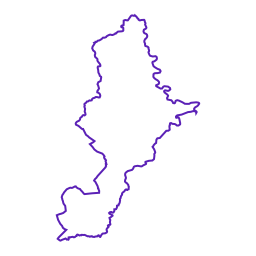 the district of San Sebastián Tlacotepec, Puebla, Mexico
{"feature_id": "50627088B11534934741350", "entity_name": "San Sebastián Tlacotepec", "entity_type": "district", "adm_level": 2, "iso_a3": "MEX", "parent_name": "Mexico", "parent_adm1": "Puebla", "projection": "albers", "projection_center": [-96.826, 18.377], "detail": "fine", "context": "isolated", "style": "outline", "palette": "violet", "viewbox_px": 256, "rotation_deg": 0, "n_neighbors": 0, "source": "geoboundaries", "source_scale": "gbopen_adm2", "svg_char_len": 5755}
<svg xmlns="http://www.w3.org/2000/svg" viewBox="0 0 256 256"><path d="M91.5,236.2L92.1,236.3L92.3,236.7L94.2,237.0L95.2,236.5L95.8,236.6L96.6,236.3L97.5,236.3L97.9,235.6L98.7,235.3L99.8,236.8L100.3,236.9L101.6,234.6L102.6,233.6L105.2,233.3L106.8,232.4L107.1,231.4L106.6,230.0L106.6,229.2L107.4,228.0L108.2,227.4L108.7,226.7L108.6,226.4L108.0,226.1L107.9,225.6L108.4,225.1L110.2,224.7L110.4,224.3L109.9,222.2L110.3,220.0L109.7,218.9L109.5,217.8L110.6,217.3L112.6,215.7L112.5,215.3L111.2,214.5L109.5,213.7L109.1,213.0L110.1,212.1L111.4,212.0L112.8,212.7L113.6,212.3L114.4,210.8L114.3,209.3L116.1,209.1L116.9,207.6L117.0,205.7L118.5,205.4L118.6,204.3L119.1,204.0L119.7,202.6L120.1,200.2L119.9,199.3L120.0,198.8L120.5,198.3L121.0,196.2L122.1,194.6L122.0,193.8L122.5,192.7L124.4,191.3L124.9,190.3L125.7,189.6L126.1,189.4L126.7,189.9L127.4,190.0L128.3,189.1L128.6,189.1L128.8,186.6L128.4,185.9L128.2,184.8L126.7,183.0L125.9,182.6L125.0,181.6L125.1,180.1L125.9,178.2L125.9,177.5L125.1,175.0L125.2,173.7L125.7,172.7L127.7,171.1L132.0,169.9L133.2,168.6L133.5,167.6L133.9,166.8L134.7,166.3L137.6,165.8L141.1,166.4L141.8,166.3L143.5,165.2L145.9,164.1L146.1,163.6L145.4,162.4L145.5,161.8L148.9,160.8L152.4,160.5L154.0,159.1L154.4,155.8L154.3,154.0L155.2,152.6L155.1,151.8L154.1,149.2L152.6,146.9L153.0,146.6L153.6,145.3L155.0,143.7L156.1,143.0L156.4,139.8L156.9,138.9L157.4,138.3L159.8,138.0L166.3,130.8L168.4,130.7L169.7,129.7L169.4,126.5L169.6,125.3L169.9,125.1L170.0,123.5L170.3,123.1L171.4,123.1L172.0,123.7L172.7,123.9L174.7,124.0L175.7,124.5L176.9,125.5L178.5,125.5L180.1,124.4L180.2,123.2L179.3,118.9L178.6,117.4L177.9,117.3L176.8,117.8L176.2,117.7L176.0,117.2L176.0,116.6L176.5,115.9L177.0,115.5L177.5,115.3L181.6,114.6L188.0,112.1L190.8,111.8L193.2,111.1L194.8,111.2L195.3,111.5L196.1,112.2L196.2,113.0L196.6,112.3L196.6,111.8L196.2,111.3L194.3,110.1L194.1,109.2L194.2,108.5L195.2,107.3L197.3,106.1L198.1,105.3L199.2,103.7L199.1,103.1L198.3,102.6L196.3,102.3L191.0,102.8L189.0,103.9L184.9,103.8L182.5,102.3L178.9,100.6L177.2,100.2L175.7,100.8L175.0,102.9L174.3,103.3L173.1,103.0L172.6,101.8L171.4,100.3L167.5,99.5L167.0,98.1L167.9,96.4L168.1,95.7L167.8,95.2L167.1,94.4L164.5,92.4L164.1,91.2L164.6,90.6L165.1,90.3L168.0,90.9L168.7,90.7L169.8,89.9L170.3,89.3L170.0,88.0L168.0,86.6L164.4,86.2L163.3,86.7L162.1,88.5L160.6,88.6L156.4,86.3L156.1,85.9L156.2,85.2L158.0,84.4L158.7,83.9L159.1,83.0L159.0,82.1L158.8,81.6L157.5,80.3L155.6,79.2L154.1,77.9L153.4,76.9L153.4,76.4L153.5,74.2L154.1,73.6L155.0,73.2L157.5,73.1L159.9,72.6L160.6,71.1L159.8,69.7L157.4,68.8L154.5,67.0L153.5,66.1L152.5,63.2L152.4,62.4L152.7,61.8L154.4,61.3L156.5,59.7L156.9,58.8L156.8,57.6L156.5,56.8L155.5,56.2L152.8,56.5L150.2,55.8L149.4,54.7L148.5,52.5L148.5,52.0L149.0,51.3L149.1,50.4L148.5,48.6L148.5,47.6L148.0,47.0L147.4,46.6L145.4,46.0L145.2,45.4L145.0,44.5L145.1,43.7L144.3,41.9L144.4,40.6L145.2,39.0L146.0,38.5L147.0,37.1L147.3,36.0L146.9,34.6L146.3,34.0L144.3,33.1L143.6,31.9L143.5,31.3L143.9,29.7L145.9,28.6L146.4,27.8L146.2,26.9L145.1,24.6L145.5,23.2L145.0,22.3L144.5,20.3L144.2,19.9L143.1,19.9L141.3,20.0L140.0,20.4L139.4,20.3L138.6,19.7L138.3,18.7L137.6,18.5L136.5,16.7L135.8,16.1L135.9,16.7L135.2,15.6L134.5,15.4L133.9,15.8L132.1,15.4L131.4,15.6L130.9,16.0L127.9,20.3L127.3,20.4L125.2,20.0L123.7,20.6L123.6,25.0L121.6,25.7L121.3,26.0L121.2,26.5L121.3,27.0L121.7,27.3L122.9,27.4L123.3,28.0L123.3,30.5L122.9,31.0L122.0,31.3L118.0,31.6L116.6,32.7L116.3,33.3L115.4,33.3L114.9,34.0L112.6,35.0L112.0,35.0L110.1,34.6L108.5,35.2L106.6,36.3L106.1,37.1L104.5,37.7L103.1,37.6L101.4,39.2L99.4,40.4L97.8,40.7L96.6,41.8L96.1,41.8L96.2,42.0L94.6,42.6L94.6,42.8L94.2,42.9L94.4,43.2L94.8,43.2L93.4,45.5L92.7,46.4L92.2,48.3L93.2,50.5L94.7,51.6L95.3,53.1L95.2,54.0L94.8,55.0L95.1,56.8L97.3,58.9L97.5,59.7L97.4,60.5L97.8,61.4L99.9,64.0L100.3,64.9L100.4,65.9L100.1,66.2L98.0,66.5L97.7,67.1L97.7,67.9L98.2,70.2L98.4,72.6L99.4,74.4L99.8,75.9L101.1,76.8L101.2,77.4L100.6,81.0L98.3,82.2L97.5,84.2L98.1,85.4L99.0,88.4L98.5,89.4L97.5,90.8L97.2,92.1L97.3,92.4L98.3,92.7L99.6,93.7L100.1,94.8L100.3,95.9L99.7,97.4L98.7,97.5L97.8,97.2L96.1,97.0L95.5,97.1L94.7,97.8L93.1,98.2L92.0,99.2L91.7,100.3L90.5,100.6L89.4,100.4L88.1,101.4L86.9,101.5L86.0,102.8L84.6,103.7L84.4,104.6L84.8,105.7L84.4,106.3L84.4,106.8L85.1,108.9L84.7,111.6L85.3,113.1L85.5,114.6L84.6,115.4L83.6,115.1L82.7,115.4L81.8,116.8L80.5,117.7L80.2,118.1L80.0,119.5L79.2,120.6L76.8,121.8L75.9,122.9L75.7,123.7L76.0,124.7L78.5,125.9L81.8,128.8L82.6,129.1L83.1,129.0L86.0,134.8L88.2,136.4L89.0,137.3L94.5,141.1L93.3,142.2L89.9,144.1L92.6,147.0L94.3,149.4L97.1,151.6L102.3,153.6L103.6,155.0L104.5,156.3L104.2,156.6L104.3,156.9L104.1,157.4L104.5,158.6L105.4,159.4L105.4,159.8L106.0,160.3L105.6,161.5L106.1,162.8L105.8,163.6L106.5,164.2L105.8,165.0L106.1,166.0L105.6,166.8L105.6,167.2L97.7,175.9L96.3,177.9L94.8,179.3L94.1,180.6L95.4,181.9L97.6,186.1L97.9,187.2L98.0,188.4L98.4,188.5L98.6,189.5L99.2,190.9L99.1,192.8L92.0,193.3L84.6,194.1L84.0,193.8L82.1,191.5L80.7,190.1L80.1,189.1L78.0,188.4L76.4,187.3L75.8,186.4L75.0,186.4L72.4,187.8L71.4,187.9L70.4,187.7L69.4,188.0L66.7,189.3L63.9,192.6L63.5,193.5L62.4,195.0L61.7,197.2L62.3,199.0L62.3,199.6L62.9,201.0L63.3,202.9L63.6,203.7L65.2,205.9L65.8,210.9L63.2,213.0L60.9,213.8L59.6,214.1L56.8,215.2L58.1,219.8L60.3,223.9L62.1,225.9L62.9,227.8L63.8,228.4L64.2,228.9L66.3,229.8L58.5,237.6L57.7,238.8L59.8,240.4L60.6,240.6L62.1,239.8L65.6,238.5L66.9,239.6L67.4,239.4L68.4,239.7L68.7,239.2L68.6,237.4L69.3,237.2L70.0,237.5L70.5,237.2L72.8,236.8L73.8,237.3L74.8,237.1L76.1,236.0L76.5,236.0L76.6,235.3L77.1,234.7L77.7,234.6L79.5,235.5L80.7,235.1L81.2,235.3L81.8,234.8L83.1,235.0L84.7,234.9L87.6,236.3L88.6,236.2L89.8,236.7L90.2,236.4L90.6,236.5L91.5,236.2Z" fill="none" stroke="#5b21b6" stroke-width="2"/></svg>